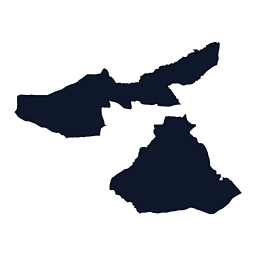 Masasi, Mtwara, United Republic of Tanzania
{"feature_id": "72390352B56058142056871", "entity_name": "Masasi", "entity_type": "district", "adm_level": 2, "iso_a3": "TZA", "parent_name": "United Republic of Tanzania", "parent_adm1": "Mtwara", "projection": "orthographic", "projection_center": [38.96, -10.762], "detail": "fine", "context": "isolated", "style": "filled", "palette": "ink", "viewbox_px": 256, "rotation_deg": 0, "n_neighbors": 0, "source": "geoboundaries", "source_scale": "gbopen_adm2", "svg_char_len": 5845}
<svg xmlns="http://www.w3.org/2000/svg" viewBox="0 0 256 256"><path d="M240.6,192.8L237.8,189.3L235.8,187.3L234.3,185.3L233.2,184.3L231.3,181.5L231.0,181.2L229.5,181.2L228.9,179.9L228.3,179.6L227.9,179.0L225.9,178.4L225.0,178.7L224.3,178.7L223.4,178.1L223.2,180.6L223.0,181.1L222.8,181.2L218.7,180.8L218.2,180.4L218.8,178.8L220.4,176.5L220.2,175.3L219.6,174.8L216.9,175.2L216.3,175.0L215.8,174.2L215.5,171.2L214.2,170.5L213.2,170.3L212.4,169.6L209.6,166.3L209.3,165.2L209.5,163.4L208.8,159.1L207.7,155.9L207.0,152.5L205.5,148.8L204.0,146.3L203.4,145.4L202.0,144.1L200.6,143.8L199.1,144.1L197.7,143.0L197.1,142.2L196.2,138.6L195.0,138.0L193.7,137.8L192.9,137.4L191.8,135.8L189.0,133.8L189.1,131.9L189.5,130.8L190.8,129.7L191.2,128.8L194.1,126.5L195.1,126.1L195.2,125.7L195.1,125.1L194.8,125.0L191.0,124.9L190.2,123.7L188.7,122.9L186.4,120.2L185.3,115.2L182.9,118.1L181.9,118.4L180.1,117.3L177.8,117.8L172.5,117.0L171.8,117.1L171.1,117.7L169.6,116.8L167.5,117.1L166.3,117.0L165.7,117.4L165.9,117.9L165.5,119.2L164.6,120.4L164.7,121.6L164.4,123.2L163.1,124.7L163.0,125.3L154.7,125.3L154.6,126.4L155.3,127.8L155.5,128.6L154.2,130.7L154.1,131.2L154.5,133.3L155.2,133.9L155.8,135.1L156.4,135.6L156.2,137.1L155.0,138.6L154.4,139.0L153.9,140.0L152.0,141.2L151.6,142.2L149.6,145.0L148.2,146.0L147.5,148.4L144.1,147.7L141.4,148.0L140.8,148.5L140.1,149.7L140.1,150.2L140.3,150.5L140.2,150.8L140.6,151.1L140.5,151.3L140.7,151.6L140.0,151.7L139.7,152.7L139.1,153.1L139.3,153.9L139.1,154.3L139.7,154.6L139.8,154.9L138.9,155.9L138.8,156.6L137.9,157.9L137.4,158.3L137.1,159.0L136.1,159.4L135.9,159.8L135.5,160.1L135.4,161.6L133.2,163.4L133.6,164.8L133.4,165.4L131.1,166.6L130.3,167.5L128.8,168.8L127.6,169.4L125.1,169.9L124.4,170.2L122.7,171.6L117.1,175.0L113.8,177.7L113.0,178.0L112.1,179.1L111.4,180.9L110.3,185.6L110.2,186.6L110.4,189.3L112.3,189.3L113.3,188.9L113.8,189.2L115.2,190.6L116.1,192.6L116.0,193.5L116.7,194.1L118.3,194.1L120.2,194.9L121.1,195.6L122.1,197.3L122.6,197.7L124.0,197.8L125.7,199.9L127.5,201.5L130.3,201.2L132.8,202.2L133.0,202.6L133.3,204.6L133.5,204.9L134.4,204.9L134.8,205.2L135.5,206.3L135.0,207.2L136.7,207.8L137.2,210.1L137.8,211.1L139.3,212.0L139.9,212.7L140.3,212.4L142.1,211.9L145.1,211.9L149.6,211.1L151.0,211.3L153.4,212.2L156.4,212.4L157.6,212.7L163.2,211.7L165.5,212.0L167.6,211.7L170.6,210.9L175.1,210.4L178.3,209.6L183.2,209.4L186.7,208.5L189.2,207.1L191.1,206.9L194.0,207.4L197.9,209.2L200.3,209.7L209.0,213.1L210.6,213.4L212.8,213.3L214.5,212.7L218.8,209.4L222.1,208.0L228.1,203.2L229.3,201.7L231.0,199.1L232.3,197.7L234.4,196.2L240.6,192.8ZM194.5,50.3L195.3,51.4L195.9,53.4L195.6,53.6L193.8,52.9L191.1,53.5L190.9,54.4L189.3,54.2L188.4,55.2L187.4,57.1L186.2,57.7L185.2,58.0L184.4,57.7L183.7,57.8L183.0,57.5L182.9,58.4L181.9,58.8L181.9,59.2L181.6,59.4L180.6,59.5L176.8,62.7L176.3,62.5L176.3,62.9L175.9,62.9L175.6,63.3L174.7,63.2L174.5,64.0L174.2,64.2L173.4,64.2L172.5,64.6L172.2,64.1L171.5,63.9L170.5,64.8L169.9,64.9L169.4,65.5L168.7,65.7L167.5,65.2L167.2,65.5L166.7,65.3L166.2,65.4L165.5,66.3L164.8,66.6L164.1,66.6L163.4,66.1L160.6,66.8L160.4,67.3L159.6,67.4L159.5,67.9L159.8,68.7L159.7,68.9L158.4,69.7L156.3,69.6L155.7,70.5L154.9,71.1L154.2,72.6L152.9,73.3L151.3,73.6L149.7,73.5L148.2,74.4L147.4,74.2L147.2,73.9L145.9,74.3L144.8,74.2L142.7,76.2L141.1,76.6L141.0,79.6L140.1,80.1L139.8,80.5L139.5,81.5L139.7,82.0L139.3,82.4L138.9,83.4L137.5,82.9L132.9,83.6L131.9,83.3L129.6,84.5L128.8,84.5L127.0,83.9L125.2,84.2L123.7,83.8L122.0,84.2L121.1,84.0L119.9,83.3L117.4,83.8L115.6,83.4L114.2,81.7L113.8,80.6L113.0,79.6L112.5,79.6L112.0,78.5L110.9,77.3L109.9,77.7L109.1,77.1L108.1,75.0L108.0,73.0L106.5,70.3L104.5,69.1L104.0,69.3L103.5,69.8L101.1,74.2L100.0,74.3L96.6,75.1L87.4,75.0L82.0,79.2L79.7,80.5L78.5,81.8L74.8,84.1L73.8,84.2L73.0,84.8L72.3,84.7L70.9,85.2L66.7,87.0L61.9,90.1L55.4,92.3L47.6,95.8L34.7,95.8L31.5,95.4L27.8,95.8L20.9,95.3L19.6,95.7L18.0,96.5L17.8,99.9L18.0,104.5L17.6,109.0L17.0,110.2L15.4,112.1L17.1,114.1L18.1,115.8L20.0,117.3L24.1,119.7L25.9,120.5L29.4,120.5L30.7,121.2L35.5,123.0L41.2,126.5L42.5,126.8L44.2,126.8L46.5,127.3L52.6,131.3L57.0,132.2L58.7,131.9L60.4,132.9L61.9,134.4L64.3,134.7L66.7,137.5L68.1,136.7L70.3,136.9L71.4,136.6L72.3,136.9L74.8,136.5L76.7,136.8L79.0,136.6L81.1,136.1L83.6,136.5L85.2,136.0L89.7,135.8L91.1,135.5L94.3,135.3L95.3,135.0L99.4,134.9L99.3,133.7L99.5,132.4L100.4,128.1L104.1,125.3L104.6,125.3L104.2,125.0L104.0,124.4L103.4,121.3L101.7,116.6L101.0,113.9L100.8,110.3L101.0,106.7L103.1,106.6L105.1,107.0L106.6,106.6L108.6,107.1L109.5,106.9L109.8,106.1L109.5,104.2L108.8,102.1L107.6,99.6L116.8,101.9L119.5,103.4L124.4,107.6L130.0,108.5L130.6,108.4L131.2,107.2L129.9,100.7L133.6,100.6L134.7,101.0L135.7,99.9L138.3,100.2L138.9,100.5L139.9,100.5L142.0,103.3L144.6,103.8L149.0,104.0L151.7,104.4L153.3,104.2L156.1,103.2L157.1,103.2L157.7,103.4L158.5,105.2L159.9,105.4L168.2,105.9L169.7,105.7L171.1,105.5L172.4,104.9L175.8,104.1L179.5,103.8L178.0,102.4L177.9,99.9L177.6,99.6L176.5,99.5L175.9,98.9L175.0,96.6L173.6,95.3L172.1,92.6L171.1,91.8L170.3,89.8L169.0,89.4L168.0,87.8L166.6,86.7L166.5,86.2L167.5,85.7L168.1,84.5L169.4,84.9L170.1,84.4L170.8,83.4L171.8,83.3L173.1,82.4L174.0,82.8L178.5,82.6L180.0,83.2L181.9,84.3L183.4,84.8L183.9,84.8L186.3,83.9L190.7,83.7L191.9,83.3L194.2,81.9L195.1,80.0L196.5,80.1L197.4,79.9L198.4,78.4L199.2,78.5L199.8,78.1L200.0,76.2L200.4,75.3L202.7,75.0L204.4,72.6L207.3,69.9L213.9,65.4L214.6,65.0L215.9,64.8L216.6,64.1L216.9,62.1L217.8,59.0L217.9,57.2L217.5,55.8L217.5,55.0L218.0,51.1L218.8,47.8L218.9,43.4L218.7,43.2L218.6,43.4L216.9,43.9L216.2,43.0L214.6,42.6L214.0,43.2L211.2,43.6L208.2,45.4L206.8,45.9L207.0,46.6L206.3,47.5L205.7,48.0L204.5,48.3L204.1,48.9L203.6,49.0L202.9,49.8L202.5,50.0L202.3,50.4L201.7,50.4L201.4,50.1L200.8,50.3L200.1,51.2L199.4,51.6L196.2,50.0L195.0,50.4L194.5,50.3Z" fill="#0f172a" stroke="#020617" stroke-width="1.5"/></svg>